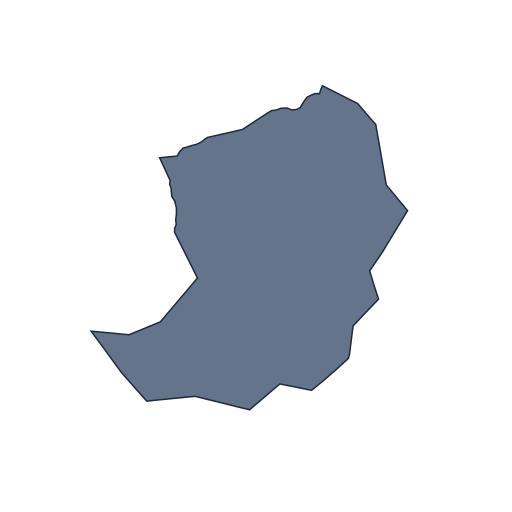 the district of Caridade do Piauí, Piauí, Brazil, rotated 134°
{"feature_id": "56859067B32922101627440", "entity_name": "Caridade do Piauí", "entity_type": "district", "adm_level": 2, "iso_a3": "BRA", "parent_name": "Brazil", "parent_adm1": "Piauí", "projection": "albers", "projection_center": [-40.967, -7.711], "detail": "fine", "context": "isolated", "style": "filled", "palette": "slate", "viewbox_px": 512, "rotation_deg": 134, "n_neighbors": 0, "source": "geoboundaries", "source_scale": "gbopen_adm2", "svg_char_len": 1038}
<svg xmlns="http://www.w3.org/2000/svg" viewBox="0 0 512 512"><g transform="rotate(134 256 256)"><path d="M424.6,322.4L428.0,302.3L433.3,271.8L435.0,250.9L436.3,233.7L429.3,227.9L399.3,202.4L377.8,165.3L371.1,153.8L345.0,151.3L331.5,150.0L322.9,136.6L314.0,122.7L297.4,120.8L282.8,119.5L265.6,118.4L262.1,120.2L238.9,137.6L220.4,137.8L201.9,137.9L195.6,149.8L187.7,163.9L165.7,167.7L118.1,178.5L114.4,211.6L88.2,247.5L80.9,257.5L78.2,261.2L77.8,267.0L75.7,288.7L87.4,326.5L91.1,325.1L95.1,323.1L98.2,326.4L102.1,328.1L106.0,329.5L109.8,329.2L113.8,328.4L118.6,327.3L122.4,328.6L126.0,331.7L128.0,336.5L132.4,340.7L136.7,342.7L140.5,345.7L144.5,346.9L174.5,353.7L204.5,373.3L207.9,374.0L212.2,374.6L217.3,376.5L221.4,379.1L225.1,381.0L229.0,383.4L233.5,383.4L238.9,382.2L252.3,393.6L261.3,370.3L264.5,367.8L266.0,364.5L268.7,361.4L271.7,357.9L272.9,352.7L276.6,346.8L281.6,342.0L285.9,338.8L288.8,335.2L292.3,333.9L295.4,331.3L312.5,282.8L369.9,279.1L400.9,292.7L424.6,322.4Z" fill="#64748b" stroke="#1e293b" stroke-width="1.5"/></g></svg>